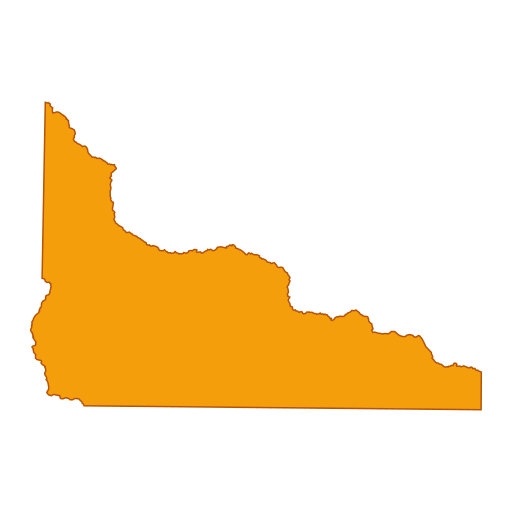 the district of Pehuenches, Neuquén, Argentina
{"feature_id": "61730980B17144703425543", "entity_name": "Pehuenches", "entity_type": "district", "adm_level": 2, "iso_a3": "ARG", "parent_name": "Argentina", "parent_adm1": "Neuquén", "projection": "robinson", "projection_center": [-69.405, -37.182], "detail": "fine", "context": "isolated", "style": "filled", "palette": "amber", "viewbox_px": 512, "rotation_deg": 0, "n_neighbors": 0, "source": "geoboundaries", "source_scale": "gbopen_adm2", "svg_char_len": 5964}
<svg xmlns="http://www.w3.org/2000/svg" viewBox="0 0 512 512"><path d="M481.3,372.1L478.4,370.9L477.7,370.1L476.6,370.5L476.1,370.3L474.9,368.4L472.6,368.6L472.3,367.6L471.1,367.0L469.0,368.0L463.7,365.9L461.7,366.7L461.0,366.7L460.0,366.1L456.8,366.3L456.5,365.5L456.9,364.6L456.8,364.2L455.9,363.3L454.1,363.2L452.9,365.5L451.3,365.4L449.7,366.5L448.6,366.3L448.2,366.9L446.7,366.8L446.1,367.1L444.2,366.8L441.3,364.3L439.7,364.2L438.3,363.2L435.9,362.6L434.0,360.4L433.5,359.5L432.1,358.3L432.7,356.9L432.5,355.9L431.6,354.4L431.3,352.4L425.5,346.3L424.9,344.5L422.2,339.1L419.6,335.9L418.3,335.6L416.6,336.8L415.1,337.2L413.8,336.6L413.0,335.6L412.2,335.1L409.1,334.6L406.6,335.3L405.9,336.2L404.1,336.6L403.0,336.6L400.2,335.8L398.2,334.6L394.8,331.6L393.8,331.5L391.3,331.5L389.4,333.2L388.0,333.9L385.2,333.5L381.8,334.0L380.6,333.4L378.0,333.2L375.2,332.2L372.8,332.4L371.8,330.3L371.9,329.8L372.9,329.1L373.0,328.7L372.2,326.5L371.7,323.7L370.7,323.3L368.8,321.3L368.6,319.4L367.8,317.0L366.7,316.4L364.8,316.4L363.4,316.0L361.5,314.7L360.4,314.4L359.3,312.6L355.9,310.0L354.2,310.8L351.9,310.4L350.5,311.9L347.5,313.2L346.5,314.4L345.4,314.5L344.8,315.7L343.8,316.4L342.9,316.3L342.2,316.6L340.7,316.2L339.9,316.5L339.3,316.3L338.6,316.8L337.4,316.7L336.2,317.1L334.8,318.0L334.2,319.3L332.5,320.3L331.6,320.4L330.9,319.7L331.5,318.5L330.9,318.2L330.0,318.3L329.2,317.1L327.5,315.6L327.1,314.8L325.6,314.6L325.0,314.1L323.9,314.6L322.7,313.9L321.0,314.1L320.4,313.1L320.1,313.1L318.6,314.0L316.7,314.2L315.9,313.6L314.2,313.5L312.0,312.3L309.5,312.4L309.1,312.0L306.7,312.1L305.5,313.5L303.5,313.8L302.8,313.3L301.9,311.8L301.4,311.5L299.2,312.2L298.6,312.1L297.8,311.2L296.1,311.0L295.5,310.0L294.5,310.3L293.0,309.7L292.5,309.1L292.5,307.2L291.9,306.7L290.4,306.3L289.8,303.3L289.0,302.2L288.3,300.7L288.2,300.2L288.8,298.7L289.8,297.1L287.7,296.1L287.9,295.7L287.3,294.4L288.3,292.5L288.4,291.6L287.8,288.2L287.2,287.3L287.6,285.9L288.5,285.0L289.0,283.2L289.9,281.4L290.0,281.0L289.0,279.8L290.0,277.5L287.7,274.2L287.3,272.9L285.6,272.0L284.2,270.3L283.1,268.1L282.6,267.6L281.0,267.2L278.6,267.5L277.4,267.0L276.2,264.8L274.3,262.7L271.1,263.5L270.2,262.6L267.3,262.0L265.9,260.2L263.3,258.9L261.6,258.9L260.9,257.8L259.7,257.5L259.4,257.1L259.5,255.9L257.6,254.9L253.8,254.7L251.6,253.3L250.6,254.0L249.0,252.9L248.6,252.9L246.9,254.8L246.0,254.6L243.7,252.2L241.1,250.3L237.3,248.5L235.7,248.1L235.4,246.7L233.7,244.9L232.3,244.8L231.8,245.1L231.8,245.7L231.2,245.7L230.4,245.1L229.8,245.0L228.1,246.3L226.5,246.6L226.7,247.8L226.1,248.0L221.0,246.8L218.5,247.2L217.9,247.1L217.0,247.8L216.8,248.7L214.0,250.7L213.0,250.7L211.0,249.4L210.4,249.3L209.3,250.0L207.7,249.4L207.1,250.5L205.8,250.9L202.9,252.9L201.3,253.1L200.9,252.2L200.3,251.9L196.9,252.3L196.5,251.9L196.4,251.2L196.9,250.0L196.7,249.7L194.7,249.5L193.7,249.7L192.6,250.8L190.6,250.5L188.7,251.0L188.2,252.2L186.4,253.2L183.6,252.6L183.3,253.4L181.1,253.9L179.8,253.6L178.8,254.0L178.0,253.2L176.2,252.7L175.4,251.6L175.0,251.6L173.5,253.1L171.3,253.3L170.5,252.7L168.2,252.8L167.5,252.4L167.4,251.9L166.5,251.8L164.5,249.8L162.9,250.8L159.3,250.4L158.5,248.3L157.5,247.1L155.2,246.2L153.1,245.6L151.1,246.3L150.2,245.9L149.5,244.9L148.9,245.2L146.7,244.7L146.4,244.3L146.2,242.8L143.5,241.3L142.3,240.1L141.1,239.7L140.6,238.8L137.6,237.5L136.7,236.3L133.1,235.1L132.5,234.7L131.9,233.7L130.5,233.1L129.4,232.1L126.7,232.6L126.2,232.4L125.1,231.0L123.2,229.6L122.7,227.7L120.6,226.4L119.1,225.8L116.7,223.6L116.0,223.3L115.4,222.6L115.1,221.4L114.2,220.4L113.9,219.0L114.6,217.7L114.8,216.9L114.2,213.4L114.8,212.5L114.0,211.3L112.7,210.3L112.4,209.3L113.4,202.7L113.3,202.3L112.0,201.7L110.6,199.8L110.9,198.2L110.1,195.9L110.3,194.0L110.0,191.7L110.7,189.6L110.9,187.4L110.3,185.3L110.6,182.5L111.9,180.3L111.8,179.9L109.7,177.9L111.4,176.0L111.1,174.5L111.2,173.3L116.2,168.8L116.3,168.2L114.6,165.9L114.5,164.7L112.8,164.9L111.4,164.4L110.8,164.8L109.7,164.0L108.0,164.1L107.6,164.0L106.8,162.5L105.7,162.1L104.9,161.1L103.1,160.7L102.8,159.9L99.8,158.2L96.9,158.4L95.6,157.3L94.7,157.6L93.9,157.1L92.3,157.2L88.4,153.2L87.8,151.5L87.6,149.7L86.7,147.6L86.1,146.9L85.0,146.1L83.4,146.2L82.7,146.6L79.6,144.3L78.7,144.2L76.4,142.7L76.2,142.2L74.5,141.5L73.4,139.3L73.5,138.6L74.4,137.3L74.2,136.1L75.3,133.5L75.0,131.9L74.4,130.7L74.3,129.9L72.2,128.7L69.6,127.8L69.3,127.3L69.2,125.5L68.5,122.5L68.5,120.7L67.9,120.5L67.5,119.6L66.1,118.9L66.5,118.4L64.9,116.4L63.8,116.0L63.5,115.3L62.1,114.8L61.3,113.9L58.9,112.3L57.1,111.9L53.2,113.0L52.7,112.8L52.3,110.3L52.7,107.9L50.2,106.0L50.0,105.3L50.3,104.5L50.3,104.0L49.0,103.3L48.8,102.8L48.5,103.1L47.2,102.9L45.3,102.3L42.1,278.4L44.2,278.8L45.0,279.9L45.1,281.0L46.8,282.4L49.2,282.2L49.8,283.2L50.9,283.9L50.7,284.6L51.1,286.6L50.7,287.7L50.7,288.9L50.3,289.8L49.5,293.6L48.5,294.9L46.9,295.2L45.8,296.0L45.5,299.6L42.6,301.4L42.4,302.0L41.6,303.1L41.2,307.1L40.1,307.9L39.7,309.7L39.1,310.2L39.5,311.3L39.2,311.4L38.9,312.3L38.3,313.0L35.6,315.2L33.5,318.4L33.1,320.3L31.9,321.9L32.1,323.8L31.8,324.2L32.1,324.7L31.5,325.9L31.7,327.3L30.9,329.0L30.7,330.3L31.1,331.6L31.9,332.1L32.0,333.0L32.4,333.3L32.6,334.5L33.0,334.8L32.9,336.0L33.4,336.4L33.0,336.9L33.3,337.4L33.0,337.6L33.2,338.0L35.8,341.9L35.6,345.1L32.4,346.4L32.0,347.1L33.4,348.9L33.1,349.9L33.3,350.1L33.7,352.3L35.7,354.6L35.5,355.5L35.5,358.2L37.1,359.6L41.1,360.5L41.6,361.7L41.1,362.5L41.2,363.3L42.4,364.6L45.1,366.3L45.2,366.6L44.8,367.0L45.5,368.6L45.7,370.4L45.7,371.2L44.7,373.1L44.8,374.1L45.3,375.4L46.2,376.5L46.7,378.4L46.6,379.2L46.1,379.7L47.0,380.5L48.0,382.7L48.8,387.8L48.4,389.8L46.8,392.3L47.5,393.7L48.9,395.0L51.6,395.7L52.9,394.6L54.7,394.6L58.2,395.5L59.3,395.5L59.7,395.6L60.3,398.0L60.8,398.6L63.0,398.8L65.8,397.7L68.9,398.6L70.2,399.8L72.9,399.7L74.5,398.6L75.4,398.5L78.5,398.8L79.3,399.2L80.2,400.5L81.7,401.5L82.2,403.1L83.2,403.9L84.1,405.8L481.1,409.7L481.3,372.1Z" fill="#f59e0b" stroke="#b45309" stroke-width="1.5"/></svg>